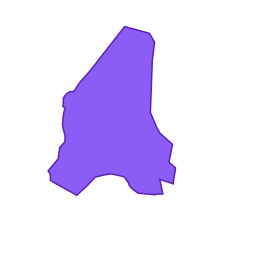 Al Wazi'yah, Ta`izz, Yemen (orthographic projection), rotated 127°
{"feature_id": "15242507B35226342487044", "entity_name": "Al Wazi'yah", "entity_type": "district", "adm_level": 2, "iso_a3": "YEM", "parent_name": "Yemen", "parent_adm1": "Ta`izz", "projection": "orthographic", "projection_center": [43.764, 13.18], "detail": "fine", "context": "isolated", "style": "filled", "palette": "violet", "viewbox_px": 256, "rotation_deg": 127, "n_neighbors": 0, "source": "geoboundaries", "source_scale": "gbopen_adm2", "svg_char_len": 1191}
<svg xmlns="http://www.w3.org/2000/svg" viewBox="0 0 256 256"><g transform="rotate(127 128 128)"><path d="M59.5,149.2L53.6,152.6L43.5,158.4L43.1,159.3L39.5,167.8L44.4,180.2L49.0,191.7L57.2,191.9L74.9,192.2L86.7,192.4L91.9,192.5L92.8,192.5L100.6,192.6L101.9,192.7L103.4,192.7L104.8,192.7L106.5,192.8L115.3,193.5L119.5,193.9L131.8,193.4L133.9,196.4L138.1,197.8L141.5,197.7L142.8,197.6L144.2,196.7L150.0,192.8L149.8,190.5L151.5,189.3L152.6,189.3L157.5,186.8L158.6,186.2L164.5,182.5L167.8,179.1L171.7,173.9L176.9,170.1L180.6,170.4L182.1,170.5L184.7,170.7L194.7,165.2L196.2,165.3L207.0,165.8L208.9,165.9L210.4,165.9L211.2,163.3L212.6,161.4L216.5,158.5L216.1,154.2L216.0,153.0L215.0,146.4L214.0,138.6L213.7,136.8L213.5,135.3L212.6,128.4L197.8,125.8L186.9,124.6L179.8,118.8L178.4,117.4L174.6,113.7L173.9,112.1L169.3,101.8L169.3,101.7L171.9,93.7L172.8,93.1L174.0,89.0L174.0,80.8L173.9,80.7L172.4,78.1L170.9,75.8L167.7,70.5L164.8,65.9L163.8,65.6L163.2,64.9L159.8,60.5L159.6,60.6L151.5,69.9L150.0,71.7L145.3,58.2L145.0,58.4L141.8,60.5L133.6,64.6L131.2,66.1L130.6,74.7L114.3,82.6L112.9,99.4L111.3,103.2L110.3,105.3L102.2,119.4L59.5,149.2Z" fill="#8b5cf6" stroke="#5b21b6" stroke-width="1.5"/></g></svg>